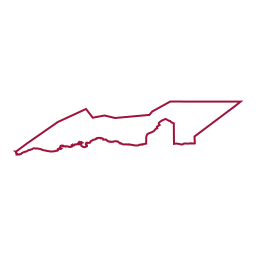 Grindavíkurbær, Suðurnes, Iceland
{"feature_id": "244011B76002453234506", "entity_name": "Grindavíkurbær", "entity_type": "district", "adm_level": 2, "iso_a3": "ISL", "parent_name": "Iceland", "parent_adm1": "Suðurnes", "projection": "robinson", "projection_center": [-22.33, 63.889], "detail": "fine", "context": "isolated", "style": "outline", "palette": "rose", "viewbox_px": 256, "rotation_deg": 0, "n_neighbors": 0, "source": "geoboundaries", "source_scale": "gbopen_adm2", "svg_char_len": 5085}
<svg xmlns="http://www.w3.org/2000/svg" viewBox="0 0 256 256"><path d="M189.3,101.6L170.3,101.5L152.2,111.5L149.4,114.9L115.0,118.0L104.5,115.5L92.8,117.7L86.0,109.0L57.8,122.0L27.2,143.3L15.9,151.7L15.5,151.5L15.4,151.5L15.9,152.0L16.0,152.4L16.2,152.6L16.3,152.9L16.5,153.0L16.5,153.3L16.9,153.6L17.0,153.7L16.8,153.8L17.1,154.0L16.9,154.1L17.0,154.2L16.9,154.3L16.6,154.3L16.6,154.5L17.0,154.4L17.1,154.5L17.4,154.3L17.6,154.2L17.8,154.3L17.8,154.5L18.6,154.5L18.8,154.4L19.3,154.3L19.5,154.4L19.6,154.2L20.4,154.1L21.1,153.9L21.2,153.7L21.3,153.6L21.5,153.4L21.9,153.1L22.0,153.1L22.1,152.9L22.8,152.6L23.0,152.5L23.4,152.3L24.3,152.1L24.7,151.8L25.1,151.8L26.3,151.4L26.7,151.4L27.0,151.2L27.9,150.5L28.4,150.2L30.1,149.9L31.1,149.5L31.3,149.3L32.1,149.2L33.1,148.5L33.9,148.3L34.2,148.3L34.8,148.3L35.7,148.6L36.1,148.6L36.6,148.4L37.1,148.4L37.7,148.5L38.2,148.7L40.1,148.9L41.5,149.4L41.8,149.7L42.2,149.8L42.9,150.0L43.7,150.2L44.3,150.4L45.4,150.5L45.9,150.7L46.8,150.8L47.7,151.1L49.7,151.3L51.1,151.6L52.1,151.4L54.5,151.3L54.8,151.2L55.2,150.9L56.5,150.8L57.3,150.7L57.7,150.5L57.9,150.3L58.0,150.1L58.3,149.7L58.2,149.6L57.7,149.6L57.8,149.2L58.4,148.7L58.8,148.6L59.6,148.6L59.9,148.6L60.0,148.8L60.4,149.0L60.6,149.0L60.6,148.9L60.9,148.7L60.5,148.6L60.0,148.0L60.0,147.7L60.3,147.7L60.4,147.4L60.4,147.2L60.6,147.0L60.7,146.8L60.7,146.5L60.5,146.4L60.6,146.1L60.6,145.9L61.0,145.7L61.3,145.7L61.8,145.5L62.4,145.7L63.1,145.6L63.3,145.7L63.7,146.0L63.5,146.3L63.8,146.3L63.8,146.2L64.1,146.2L64.3,146.2L64.7,146.3L65.3,146.3L65.5,146.5L65.6,146.4L66.0,146.5L66.3,146.3L66.5,146.3L67.1,146.4L67.6,146.3L67.9,146.4L68.1,146.6L68.6,146.6L69.1,146.8L69.6,147.0L70.1,147.0L70.4,146.8L70.8,146.9L71.9,146.5L71.6,146.1L71.8,145.9L71.7,145.7L71.8,145.5L71.9,145.3L71.8,145.1L72.1,144.9L72.1,145.0L72.2,145.4L72.4,145.3L72.7,145.4L72.8,145.3L73.2,145.3L73.6,145.4L73.8,145.3L74.0,145.4L74.4,145.2L74.5,145.0L74.2,144.9L74.3,144.7L74.9,144.4L75.0,144.5L75.3,144.4L76.1,144.5L76.2,144.4L76.4,144.3L77.4,144.2L77.7,144.0L78.7,144.2L78.7,144.3L78.8,144.3L78.7,144.2L77.7,144.0L77.7,143.8L77.8,143.7L78.6,143.4L78.9,143.4L78.6,143.3L78.8,143.1L79.1,143.2L78.5,143.0L78.4,143.0L78.4,142.9L78.6,142.7L78.6,142.8L79.1,142.8L79.1,142.7L79.3,142.8L80.2,142.6L80.2,142.2L80.7,142.0L81.2,142.0L81.8,142.4L82.0,142.6L80.8,142.8L81.6,142.7L82.0,142.8L81.6,143.1L81.1,143.1L80.7,143.4L79.4,143.3L80.1,143.3L80.5,143.5L80.6,143.8L79.6,144.1L79.5,144.3L79.6,144.2L80.6,143.9L80.8,144.0L81.0,144.3L81.2,144.8L81.4,145.2L81.5,145.4L81.4,145.8L81.5,146.0L82.6,146.6L83.3,146.9L84.0,147.1L85.1,147.1L85.5,146.9L86.8,146.3L86.9,146.2L87.1,145.9L87.0,145.4L86.6,145.1L86.2,144.9L86.2,144.6L85.9,144.3L85.9,144.2L86.2,143.9L85.9,143.6L86.1,143.2L86.2,142.9L86.6,142.7L87.0,142.7L88.9,142.9L89.8,142.8L90.0,142.6L90.4,142.1L90.4,141.7L90.5,141.4L90.7,141.2L91.0,141.0L91.3,140.8L92.5,140.4L93.0,139.8L94.0,139.6L94.7,139.6L94.9,139.5L95.4,139.3L95.7,139.1L96.0,139.0L96.2,138.7L96.4,138.7L96.3,138.4L96.6,138.2L97.5,138.0L98.2,137.9L99.6,137.9L100.4,138.0L100.5,138.2L100.8,138.1L100.9,138.3L101.5,138.2L102.3,138.4L102.7,138.5L102.8,138.6L103.1,138.9L103.1,139.0L103.5,139.2L103.5,139.6L103.8,139.5L104.4,139.6L104.8,139.6L105.2,139.6L105.6,139.6L105.8,139.7L106.1,139.6L106.5,139.8L106.6,140.2L106.8,140.4L107.1,140.7L107.7,140.9L108.1,141.4L108.8,141.5L109.2,141.7L109.5,141.5L110.2,141.5L110.4,141.8L110.9,141.9L111.5,141.8L111.9,141.7L112.4,141.7L112.7,141.8L112.9,141.8L112.9,141.7L114.0,141.4L114.5,141.3L115.6,141.2L115.9,141.2L116.0,141.3L116.3,141.3L116.7,141.4L116.9,141.4L117.5,141.4L118.0,141.6L118.1,141.8L118.2,142.0L118.3,142.0L118.8,142.4L119.1,142.6L119.4,142.7L119.5,142.9L120.2,143.1L120.5,143.1L120.5,143.4L120.8,143.3L121.2,143.6L121.3,143.7L121.6,143.8L122.0,143.9L123.0,144.4L123.9,144.4L124.5,144.5L125.1,144.3L125.6,144.3L126.1,144.4L126.9,144.5L128.6,144.3L128.8,144.4L128.8,144.6L129.0,144.7L129.8,144.5L130.0,144.7L131.2,144.7L132.0,144.9L133.2,145.1L133.6,145.1L134.5,145.4L136.6,145.5L138.2,145.4L138.9,145.1L139.2,144.9L139.4,144.7L140.3,144.8L140.8,144.6L141.5,144.4L141.7,144.5L142.1,144.3L142.3,144.4L142.3,144.5L142.5,144.6L142.7,144.4L142.9,144.5L143.0,144.4L143.0,144.2L143.4,144.2L145.8,143.6L146.2,143.6L146.2,137.2L147.0,134.5L148.4,133.6L149.1,133.2L150.9,132.6L153.9,131.1L155.4,129.2L155.9,128.8L157.3,128.3L156.9,126.7L159.6,125.0L158.9,124.4L158.8,123.2L159.3,122.4L160.7,121.3L162.2,120.4L165.6,118.9L169.1,120.9L169.5,120.8L169.9,120.9L170.3,121.1L170.8,121.8L171.8,122.5L172.5,122.8L173.6,123.2L173.8,123.3L174.0,143.8L174.5,143.7L174.8,143.8L175.1,143.7L175.8,143.6L177.2,143.6L178.2,143.9L179.2,143.9L180.6,144.4L181.6,144.4L182.4,144.5L182.7,144.4L183.5,143.7L183.8,143.6L184.6,143.5L184.8,143.5L185.0,143.6L185.4,143.5L185.6,143.4L186.7,143.6L187.1,143.6L187.4,143.6L187.8,143.6L188.0,143.6L188.3,143.6L188.5,143.6L188.9,143.6L189.1,143.5L189.6,143.5L190.1,143.3L190.7,143.3L191.4,143.3L191.5,143.5L191.8,143.4L192.9,143.5L194.0,143.5L194.8,143.4L194.5,136.5L235.9,105.4L240.6,101.6L189.3,101.6Z" fill="none" stroke="#9f1239" stroke-width="2"/></svg>